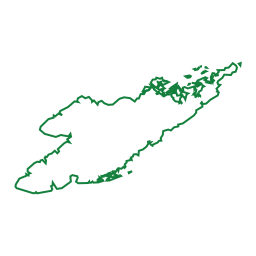 the district of Small Malaita, Malaita, Solomon Islands, rotated 91°
{"feature_id": "97153195B48441070638838", "entity_name": "Small Malaita", "entity_type": "district", "adm_level": 2, "iso_a3": "SLB", "parent_name": "Solomon Islands", "parent_adm1": "Malaita", "projection": "orthographic", "projection_center": [161.435, -9.524], "detail": "fine", "context": "isolated", "style": "outline", "palette": "green", "viewbox_px": 256, "rotation_deg": 91, "n_neighbors": 0, "source": "geoboundaries", "source_scale": "gbopen_adm2", "svg_char_len": 5590}
<svg xmlns="http://www.w3.org/2000/svg" viewBox="0 0 256 256"><g transform="rotate(91 128 128)"><path d="M194.9,217.7L192.1,203.6L190.5,202.6L187.5,203.9L186.8,202.5L183.8,202.3L190.1,198.1L189.3,193.1L182.6,184.2L177.4,184.8L176.1,182.8L177.1,178.0L178.5,177.4L182.6,179.0L184.1,176.7L183.7,167.1L182.3,165.9L183.4,165.8L183.3,164.0L182.1,162.6L183.2,161.8L182.9,156.7L181.3,151.7L180.3,152.4L180.1,155.7L180.5,155.7L180.9,156.1L181.0,156.4L180.3,155.8L180.1,157.2L179.0,156.3L179.2,154.8L178.0,155.3L179.1,153.6L176.5,153.7L177.3,150.6L176.2,152.1L174.9,148.7L177.3,149.1L175.0,148.3L174.4,147.0L175.8,147.9L176.8,147.0L174.8,145.9L173.6,146.6L173.0,144.9L175.4,144.0L172.9,142.0L171.9,141.8L172.3,142.1L172.3,142.6L171.3,143.5L172.2,142.2L171.6,141.9L171.6,139.8L172.5,139.7L169.3,137.9L171.2,136.9L168.4,136.3L168.9,133.9L166.9,131.8L168.0,130.8L166.8,129.8L164.4,130.6L162.5,128.8L161.0,128.9L160.0,124.9L159.1,124.9L159.7,123.8L157.3,124.3L156.4,122.6L154.4,122.0L154.0,119.4L155.2,117.1L150.6,116.7L149.2,112.7L146.2,109.1L143.4,107.5L141.3,107.7L141.0,106.4L142.3,106.6L142.0,104.9L142.9,105.8L144.1,105.2L145.3,103.1L144.2,102.8L142.0,98.1L140.2,96.7L140.1,94.5L137.5,95.1L134.5,93.2L130.4,92.7L128.9,87.7L129.7,85.0L126.6,82.1L125.5,77.7L123.7,77.9L122.5,73.3L114.2,62.2L111.4,60.1L109.1,60.1L105.4,54.0L103.4,54.1L102.0,55.5L100.9,54.7L102.8,53.7L102.2,50.2L98.2,46.0L93.9,38.9L90.8,37.9L90.0,39.6L89.3,39.0L87.2,40.2L83.3,36.5L82.8,38.6L81.1,39.4L79.4,38.6L76.2,34.5L73.0,32.7L73.2,26.0L70.6,24.5L69.8,21.3L65.8,20.1L63.7,21.1L61.4,24.4L65.9,28.4L66.2,31.7L68.4,32.7L68.6,39.3L70.2,38.2L71.7,39.4L73.7,39.1L74.1,40.9L72.6,40.7L73.1,42.3L71.8,42.7L71.7,44.4L75.0,45.7L74.9,44.4L76.0,46.0L77.6,45.9L77.0,44.6L79.6,45.6L79.1,44.8L80.4,44.2L78.0,44.0L79.0,42.8L80.7,44.1L81.0,45.8L81.9,45.9L81.1,50.0L80.0,48.5L79.5,51.0L78.2,50.7L78.8,51.6L78.6,52.2L76.7,49.9L75.9,51.5L79.4,59.4L81.0,59.9L82.2,62.3L81.6,64.9L82.8,61.0L80.6,59.0L81.3,59.0L80.9,58.3L81.9,56.2L83.8,60.7L84.6,60.7L85.4,59.2L82.9,55.8L85.0,52.6L85.9,54.4L89.0,55.3L90.4,57.5L92.9,58.7L93.0,57.8L93.7,57.8L94.3,56.4L94.9,56.4L94.1,57.8L94.9,58.3L93.7,59.2L96.5,61.3L94.9,61.0L92.9,63.1L90.5,60.5L88.5,60.4L88.3,61.4L86.5,61.5L88.1,62.3L85.3,62.5L87.4,68.9L86.1,72.0L86.7,73.8L91.0,73.2L92.4,68.4L93.4,70.0L98.5,71.2L96.1,72.5L95.2,74.4L96.7,76.0L99.2,76.7L102.0,74.7L102.3,75.0L101.1,75.9L102.3,77.2L101.0,77.6L100.5,81.2L98.1,83.4L97.2,83.0L95.8,85.0L93.8,85.0L93.7,89.5L95.8,92.7L95.2,93.7L94.0,93.1L94.0,95.1L92.6,97.0L93.6,99.6L93.1,100.1L91.8,98.8L88.9,102.7L87.5,102.6L87.0,105.7L89.7,107.5L91.1,111.2L93.7,112.5L93.9,115.9L98.4,117.7L98.3,119.5L101.4,121.7L98.1,126.5L97.4,132.5L99.0,137.1L104.8,143.6L105.2,148.1L103.7,152.1L101.3,154.8L102.6,158.0L105.2,158.8L101.1,162.5L102.5,164.4L100.9,164.5L97.6,167.7L99.0,171.2L96.9,174.7L99.2,178.6L102.0,179.3L102.9,178.4L102.3,181.9L108.0,188.2L112.2,196.1L113.9,196.8L116.4,194.1L114.8,197.7L117.6,201.0L116.7,202.5L119.0,202.6L120.5,207.7L128.2,215.3L131.3,216.1L135.3,211.2L138.2,200.0L136.2,195.0L137.4,187.3L134.8,185.5L137.7,184.8L140.3,188.5L143.5,186.1L142.7,188.9L144.6,191.8L150.4,197.8L152.6,196.5L154.5,198.2L152.0,200.8L154.8,203.8L156.0,207.0L158.5,208.7L158.1,210.0L159.6,210.8L161.8,209.4L164.8,209.7L161.4,213.0L162.0,214.9L163.6,215.5L163.3,218.2L164.8,221.0L170.7,227.6L173.3,227.6L174.9,225.1L175.3,226.4L177.1,226.6L175.9,228.9L177.4,228.5L180.5,235.7L186.2,239.1L188.6,239.5L190.1,238.3L194.8,222.0L194.8,219.9L193.7,218.8L194.9,217.7ZM87.1,100.7L85.6,98.8L83.0,98.2L80.6,99.7L83.1,97.2L81.3,96.5L81.2,95.5L82.6,95.8L84.4,93.8L81.4,88.0L80.3,90.4L80.9,92.6L80.3,93.1L80.1,91.7L79.6,94.0L77.2,94.8L78.2,96.8L77.2,100.5L78.9,101.1L79.2,104.2L82.6,106.1L87.1,100.7ZM94.8,79.4L93.9,74.5L92.4,75.8L90.9,74.5L90.2,76.3L88.3,77.2L88.0,76.2L87.0,78.3L86.5,77.4L85.3,78.3L87.2,79.5L87.6,81.2L86.2,79.6L86.0,81.9L88.0,82.1L88.2,81.0L89.1,83.0L89.1,84.2L87.4,85.9L88.1,86.9L90.9,84.1L90.7,81.1L88.8,80.6L90.8,80.7L91.5,81.7L92.2,80.1L94.8,79.4ZM181.0,148.6L180.8,145.7L176.1,134.1L175.4,135.1L177.7,141.3L176.9,144.8L179.6,146.6L179.0,147.3L179.8,148.2L181.0,148.6ZM89.2,97.2L87.7,92.1L83.9,96.4L88.0,99.3L89.2,97.2ZM90.8,113.7L90.9,112.1L89.8,109.6L89.8,108.1L87.0,106.6L86.4,111.5L90.8,113.7ZM89.0,83.2L86.1,82.4L85.5,81.5L85.9,80.3L82.8,79.9L86.7,85.4L89.0,83.2ZM76.8,69.5L76.3,66.9L75.1,66.1L74.4,67.3L75.3,71.6L76.8,69.5ZM93.5,88.8L90.5,87.3L90.2,88.0L91.9,90.2L93.5,88.8ZM93.7,113.1L93.2,112.3L91.0,111.7L91.5,114.0L93.7,113.1ZM89.5,96.0L90.7,94.3L88.7,93.2L89.5,96.0ZM61.8,18.3L63.6,16.8L61.1,16.5L61.8,18.3ZM72.6,55.8L71.3,52.7L70.7,52.5L70.3,53.6L72.6,55.8ZM93.1,94.8L93.1,92.3L92.1,92.7L93.1,94.8ZM86.1,105.0L86.1,103.4L85.2,105.7L86.1,105.0ZM68.9,60.6L67.8,58.8L66.5,58.0L66.3,58.2L68.9,60.6ZM66.2,52.3L66.4,50.4L65.7,51.1L66.2,52.3ZM173.1,126.3L171.2,123.2L172.3,126.6L173.1,126.3ZM69.3,62.7L68.7,61.4L67.6,61.7L68.0,62.9L68.5,61.9L69.3,62.7ZM70.5,52.1L70.0,50.7L69.5,51.8L70.5,52.1ZM92.8,99.4L92.2,98.1L91.2,97.9L92.8,99.4ZM91.7,85.9L90.6,85.8L90.9,87.2L91.4,87.3L91.7,85.9ZM83.6,68.2L83.3,67.2L82.7,66.9L82.8,67.9L83.6,68.2ZM81.5,58.3L81.7,56.7L81.3,57.6L81.5,58.3ZM175.3,139.5L175.1,139.0L174.7,140.1L175.3,139.5ZM89.5,76.2L89.7,75.2L89.0,75.8L89.5,76.2ZM92.9,62.4L92.7,61.7L92.6,62.1L92.9,62.4ZM65.5,57.2L65.3,56.1L65.1,56.1L65.5,57.2ZM92.3,83.8L92.3,83.0L91.9,83.5L92.3,83.8ZM80.8,46.4L80.9,45.7L80.4,45.8L80.8,46.4ZM81.8,58.6L82.5,58.3L82.0,58.1L81.8,58.6ZM175.0,140.8L174.7,140.5L174.4,140.8L175.0,140.8ZM80.2,45.6L80.4,44.8L80.2,44.8L80.2,45.6ZM81.5,59.7L81.6,58.9L81.5,59.7Z" fill="none" stroke="#15803d" stroke-width="2"/></g></svg>